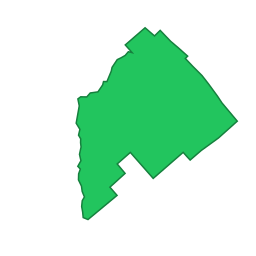 the district of Ilópolis, Rio Grande do Sul, Brazil, rotated 320°
{"feature_id": "56859067B77513058167029", "entity_name": "Ilópolis", "entity_type": "district", "adm_level": 2, "iso_a3": "BRA", "parent_name": "Brazil", "parent_adm1": "Rio Grande do Sul", "projection": "mercator", "projection_center": [-52.146, -28.929], "detail": "fine", "context": "isolated", "style": "filled", "palette": "green", "viewbox_px": 256, "rotation_deg": 320, "n_neighbors": 0, "source": "geoboundaries", "source_scale": "gbopen_adm2", "svg_char_len": 890}
<svg xmlns="http://www.w3.org/2000/svg" viewBox="0 0 256 256"><g transform="rotate(320 128 128)"><path d="M205.5,62.2L179.3,62.6L179.6,72.9L177.3,69.8L172.5,70.6L168.0,69.8L163.7,68.7L154.8,71.3L151.7,73.7L141.7,78.9L139.1,76.7L136.3,78.7L128.2,81.0L121.6,76.9L116.4,77.7L111.8,73.7L108.3,73.5L104.9,79.7L91.4,91.0L90.3,98.1L85.5,101.7L84.8,105.9L82.2,108.8L79.8,112.4L73.9,117.0L70.9,122.8L64.9,125.1L65.1,128.8L60.7,131.4L56.7,135.9L55.0,142.6L52.1,147.2L50.3,152.8L46.2,154.3L42.0,158.4L39.2,163.3L36.1,167.8L38.5,172.4L76.3,172.6L76.1,161.7L96.6,160.9L96.6,148.6L114.1,148.2L114.4,161.1L114.9,182.8L121.4,182.7L154.6,182.1L154.8,188.3L155.0,192.5L169.7,192.3L190.9,193.8L216.1,193.0L216.1,169.1L217.0,161.3L218.0,146.2L218.4,135.5L217.2,121.8L216.6,111.6L219.9,111.3L218.1,99.0L216.4,89.0L215.4,73.9L207.5,74.5L205.5,62.2Z" fill="#22c55e" stroke="#15803d" stroke-width="1.5"/></g></svg>